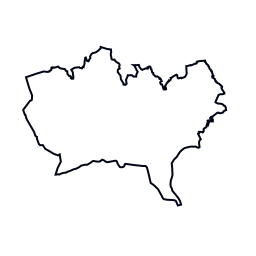 outline of Masyaf, Hamah, Syria, rotated 261°
{"feature_id": "27442178B31990643139600", "entity_name": "Masyaf", "entity_type": "district", "adm_level": 2, "iso_a3": "SYR", "parent_name": "Syria", "parent_adm1": "Hamah", "projection": "mercator", "projection_center": [36.393, 35.051], "detail": "fine", "context": "isolated", "style": "outline", "palette": "ink", "viewbox_px": 256, "rotation_deg": 261, "n_neighbors": 0, "source": "geoboundaries", "source_scale": "gbopen_adm2", "svg_char_len": 5917}
<svg xmlns="http://www.w3.org/2000/svg" viewBox="0 0 256 256"><g transform="rotate(261 128 128)"><path d="M180.0,195.2L172.8,194.5L171.6,194.0L169.6,192.3L169.4,191.6L168.8,188.6L169.4,188.2L169.1,185.7L169.2,185.3L169.8,184.9L172.4,184.8L173.1,184.1L171.5,179.9L170.9,179.1L170.8,178.2L170.6,178.3L170.4,178.3L169.7,177.8L169.0,177.6L167.6,175.5L168.2,175.4L165.8,173.0L164.1,171.8L163.6,171.0L162.5,170.8L162.5,171.4L161.4,171.8L161.1,171.6L160.4,171.7L160.2,171.5L160.5,170.2L160.3,169.7L161.1,169.1L165.6,168.5L166.1,167.2L168.1,166.9L168.8,167.8L169.0,168.6L170.9,168.2L171.3,167.3L171.6,167.6L172.1,167.5L172.5,167.0L172.6,166.4L173.2,166.3L174.3,165.1L174.3,164.0L174.8,163.5L174.8,163.0L175.2,162.9L177.0,161.4L177.5,161.4L178.3,161.6L178.6,161.5L179.0,160.7L179.4,160.5L181.1,160.4L182.1,160.5L182.6,159.9L184.8,159.7L185.4,159.0L185.1,157.4L185.0,157.0L184.8,157.1L184.7,156.8L183.7,157.1L183.6,156.3L184.1,154.7L183.9,153.8L183.6,153.1L183.5,151.8L183.2,151.3L184.1,150.1L186.7,148.7L187.8,148.8L188.6,148.6L188.7,146.3L189.1,144.6L189.0,144.1L189.2,143.3L188.0,144.4L187.6,144.4L184.7,145.4L183.7,145.5L182.5,146.3L181.6,146.2L180.6,145.3L179.5,144.7L177.5,144.1L178.0,141.4L178.5,140.9L179.4,140.3L179.6,139.9L179.9,136.8L180.2,136.2L177.9,134.9L175.9,133.6L171.8,133.5L171.0,131.8L171.7,130.4L172.5,130.6L177.3,128.6L180.8,128.8L184.9,126.6L187.3,127.2L188.0,129.1L189.3,128.8L190.1,128.8L191.2,129.6L192.0,129.6L193.1,129.2L194.6,127.3L196.2,125.9L197.6,125.4L198.0,123.1L199.0,122.5L200.9,122.6L203.1,122.4L204.3,122.7L206.0,123.4L206.9,123.2L208.2,123.5L209.4,119.5L212.3,113.7L210.8,113.3L208.9,110.4L207.8,108.1L207.5,105.9L207.6,105.2L207.0,103.9L206.4,103.1L204.5,101.7L202.7,101.7L202.0,100.7L201.2,100.1L200.5,99.9L200.1,99.2L200.6,98.1L204.2,97.3L203.8,96.5L202.3,96.4L200.4,95.5L198.5,95.2L198.2,95.0L196.4,94.4L195.4,93.5L195.2,93.5L195.5,92.8L194.1,92.0L194.9,90.0L195.6,89.4L195.7,89.1L195.8,85.8L195.9,85.0L195.4,83.4L194.4,81.1L191.6,82.2L188.6,82.0L187.7,82.1L186.7,82.0L186.1,81.5L185.4,81.6L185.3,80.4L186.0,79.6L186.3,79.9L186.9,80.0L187.4,79.5L188.2,79.3L188.3,78.4L189.1,77.7L189.9,77.3L190.5,76.8L191.5,76.7L193.5,76.9L194.0,75.8L194.7,75.3L195.6,75.2L196.2,74.5L197.1,71.5L197.9,69.9L199.6,68.7L199.2,65.5L199.1,63.3L199.7,63.2L199.6,61.8L197.9,61.5L197.2,61.2L196.8,59.5L196.2,59.4L196.0,58.4L196.0,57.3L197.0,53.5L195.9,45.5L194.1,35.2L182.7,36.7L175.0,38.4L170.9,37.4L170.5,37.0L170.4,36.2L170.2,35.5L162.3,27.3L157.2,28.2L157.1,28.7L152.6,29.3L138.6,34.7L134.9,35.2L133.4,36.7L132.1,36.3L126.0,37.5L124.8,38.4L124.4,41.2L120.4,43.0L114.0,50.8L111.9,54.6L112.6,56.4L105.3,56.4L99.4,52.2L93.3,49.2L93.2,51.7L92.8,52.8L93.5,55.1L93.8,57.8L93.6,60.0L94.2,61.1L94.6,63.7L95.7,67.8L95.8,69.8L96.6,72.6L96.9,73.5L98.1,75.7L98.5,79.7L98.1,81.4L98.2,82.3L99.8,86.2L100.4,87.0L100.9,88.6L99.7,92.0L99.3,94.3L99.7,95.8L100.7,97.2L100.7,97.7L99.9,99.1L98.4,100.5L97.4,102.2L97.7,110.2L97.4,111.2L96.5,111.8L94.0,112.3L90.9,113.7L90.2,115.3L90.3,117.1L90.7,118.1L91.9,119.0L92.6,119.0L93.0,119.9L90.5,128.1L88.8,134.4L88.3,135.9L87.7,139.4L86.1,140.5L80.7,141.1L70.2,141.8L67.6,144.5L63.1,148.0L56.0,150.6L53.1,151.5L52.1,152.3L51.0,155.5L50.0,160.3L49.2,163.0L48.2,164.0L43.7,165.1L44.0,168.4L47.3,168.1L50.8,166.8L54.4,164.8L58.9,162.1L59.7,161.9L61.2,161.9L62.8,161.3L64.9,161.0L66.9,161.4L69.8,162.2L72.2,163.6L74.8,164.6L77.1,164.9L78.9,165.0L80.3,165.3L86.3,165.7L89.6,168.5L92.0,171.8L96.1,175.4L97.9,177.9L99.3,180.6L99.8,185.7L99.7,188.3L99.2,189.7L99.3,191.3L98.7,192.4L97.7,193.8L97.5,194.7L98.0,195.7L101.7,195.8L102.9,196.0L104.5,196.7L105.5,198.1L111.3,196.3L111.6,197.3L112.1,197.1L112.5,197.4L112.8,197.2L113.1,197.3L112.7,199.7L112.5,200.3L111.9,201.0L112.2,201.6L112.6,201.7L112.7,202.0L113.0,202.2L114.0,202.3L114.2,202.5L114.6,202.4L115.1,202.5L116.0,203.6L116.0,204.3L116.2,204.9L116.5,205.1L116.8,205.6L117.6,205.7L117.7,206.3L118.0,206.2L118.5,206.4L118.0,207.1L118.5,207.6L118.8,207.7L119.3,207.5L119.5,207.3L119.2,207.1L119.6,206.7L119.9,206.9L119.6,207.1L119.8,207.1L119.7,207.5L120.2,207.9L119.8,208.2L120.8,208.8L121.8,208.6L122.1,207.8L122.7,207.7L122.9,208.0L122.9,208.6L122.4,209.9L121.8,209.9L121.6,210.1L121.6,210.5L121.9,210.6L121.7,211.0L121.8,211.5L121.3,212.0L121.2,212.5L121.6,212.5L121.6,212.9L122.9,213.1L123.0,212.6L122.9,212.5L123.0,212.2L123.4,212.4L123.7,212.3L123.7,212.0L123.9,212.0L124.1,211.5L124.3,210.8L124.7,210.9L125.0,210.7L125.2,210.9L125.4,211.2L125.1,211.5L124.7,211.5L124.7,211.9L125.0,212.0L125.1,212.3L124.9,212.3L125.0,212.7L125.1,212.9L125.5,213.0L126.0,212.7L126.0,213.0L129.1,218.7L129.0,219.9L128.7,220.1L128.2,221.2L128.1,222.0L128.5,224.4L129.6,225.1L129.6,225.5L130.0,226.1L130.3,227.7L131.1,227.6L133.0,227.8L134.7,227.1L134.7,226.9L135.2,226.0L136.0,225.8L137.1,224.4L137.8,222.0L138.0,221.7L137.9,221.2L138.7,219.6L139.4,218.8L140.0,218.4L146.5,222.6L146.9,224.3L146.9,225.0L146.6,226.0L146.6,227.5L146.8,228.4L147.0,228.4L147.0,228.6L147.6,228.7L149.8,227.7L152.0,226.7L153.4,226.7L153.8,227.4L154.2,227.4L155.4,226.4L155.7,226.3L156.0,225.9L157.1,225.3L157.2,225.0L157.5,224.9L158.4,223.5L158.8,223.0L159.3,222.9L159.3,222.6L159.6,222.5L159.7,222.2L160.0,222.0L160.3,222.0L160.6,221.8L160.7,222.1L161.7,221.6L162.0,221.6L162.8,221.4L163.0,221.1L163.3,221.0L163.5,220.6L164.0,220.3L164.3,219.7L164.9,219.6L164.8,219.3L165.5,219.2L165.7,219.7L166.0,219.5L166.2,220.6L167.0,220.2L168.5,220.0L169.1,219.8L169.4,219.5L170.0,219.8L170.6,219.8L171.2,219.5L171.3,219.0L172.4,218.9L172.5,218.7L173.0,218.5L173.2,218.1L173.9,217.8L175.7,217.6L176.3,217.0L177.1,217.1L177.8,216.7L178.5,216.0L178.9,215.9L179.1,215.5L179.7,215.2L180.6,215.2L181.3,214.3L182.5,214.6L182.9,208.5L182.8,207.5L182.7,206.6L182.3,206.6L182.2,206.1L181.1,205.9L180.9,204.5L181.0,203.9L180.5,202.4L180.1,200.6L180.0,200.0L180.4,199.7L180.2,199.1L180.2,198.0L180.2,197.9L179.9,197.1L180.0,195.2Z" fill="none" stroke="#020617" stroke-width="2"/></g></svg>